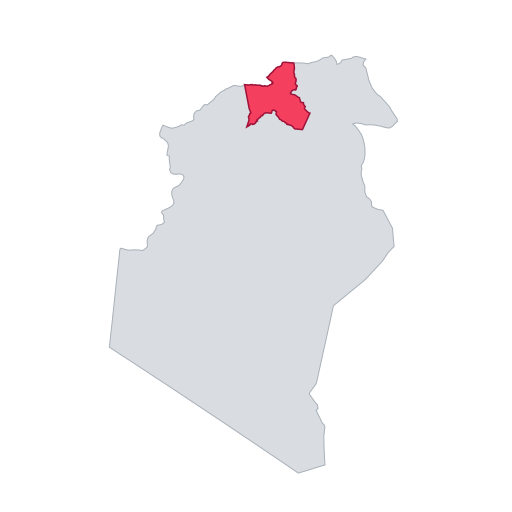 Chad, with Moyen-Chari highlighted, rotated 187°
{"feature_id": "TCD-5583", "entity_name": "Moyen-Chari", "entity_type": "Prefecture", "adm_level": 1, "iso_a3": "TCD", "parent_name": "Chad", "parent_adm1": "", "projection": "albers", "projection_center": [18.828, 9.32], "detail": "fine", "context": "in_parent", "style": "filled", "palette": "rose", "viewbox_px": 512, "rotation_deg": 187, "n_neighbors": 0, "source": "natural_earth", "source_scale": "10m", "svg_char_len": 8074}
<svg xmlns="http://www.w3.org/2000/svg" viewBox="0 0 512 512"><g transform="rotate(187 256 256)"><path d="M390.4,147.6L390.6,159.2L390.7,170.9L390.9,182.6L391.1,194.3L391.3,206.1L391.5,217.8L391.6,229.6L391.8,241.3L391.9,245.3L391.6,246.8L391.4,247.0L390.9,247.3L384.8,246.3L382.1,246.3L378.4,247.2L372.9,247.7L369.3,247.6L366.8,249.7L364.9,252.1L365.9,258.0L365.7,259.9L365.0,261.9L363.4,263.7L361.7,265.1L360.7,266.3L359.5,269.0L358.6,270.2L358.7,271.9L358.4,273.6L357.4,274.6L354.8,275.3L353.2,276.1L351.9,277.3L351.0,278.3L351.5,279.5L352.1,281.2L352.5,283.8L352.8,285.3L354.1,286.5L354.9,287.4L355.1,288.5L354.4,289.4L351.3,291.4L350.0,292.1L348.6,293.1L348.0,293.4L345.7,295.3L344.6,296.9L344.0,298.2L344.1,300.1L345.3,302.8L346.6,305.1L347.1,306.9L347.4,308.8L347.3,310.7L346.7,312.3L345.5,313.7L341.2,316.5L339.1,319.5L337.4,323.1L337.0,325.1L337.5,326.4L338.4,327.5L339.7,328.0L341.6,328.2L344.7,327.5L347.6,327.1L350.7,328.4L352.4,331.4L351.8,333.6L353.0,337.6L354.1,342.4L354.0,344.1L354.5,344.7L356.4,345.0L356.8,346.1L356.3,354.6L357.2,357.0L358.5,358.7L360.0,359.6L361.5,360.7L362.3,361.5L364.0,361.6L365.9,363.2L366.5,365.2L366.4,367.2L365.3,371.6L364.4,374.5L363.3,374.3L361.0,373.6L358.3,373.0L354.8,372.5L351.6,373.8L348.1,375.3L347.1,376.5L346.1,377.1L344.5,377.1L343.1,377.3L342.4,378.4L341.1,379.6L336.1,382.1L335.0,383.0L334.4,383.9L334.4,384.9L334.9,386.9L334.9,389.5L333.8,391.5L332.5,392.9L331.0,393.4L329.8,393.7L329.0,394.6L326.4,399.2L325.3,400.1L322.9,400.0L316.3,407.0L315.7,409.0L313.2,411.9L310.2,415.2L307.4,416.7L307.2,417.3L306.5,418.0L304.8,418.7L298.9,422.6L291.8,422.5L288.7,424.1L285.7,424.7L281.2,425.5L279.9,425.4L274.2,425.8L267.5,425.7L264.9,426.2L262.5,427.7L260.8,429.0L260.5,429.5L260.8,430.0L260.7,430.5L265.4,433.7L266.5,435.2L265.4,436.8L264.8,437.0L264.7,437.1L264.0,438.3L261.2,441.9L257.1,446.2L254.9,447.4L254.1,448.2L252.9,451.1L252.2,451.5L249.4,451.8L243.7,452.1L235.8,453.0L231.1,453.3L228.1,453.1L224.0,455.0L222.5,455.5L221.6,455.7L217.5,457.6L214.1,460.5L212.9,461.0L208.1,462.3L206.2,464.3L205.3,464.5L202.3,461.8L200.2,459.3L199.2,456.8L199.1,456.1L198.5,456.2L196.8,457.3L195.3,458.5L194.6,460.9L189.7,462.4L185.4,463.8L183.5,465.5L180.5,466.3L176.7,465.9L173.8,465.2L170.9,464.9L172.3,462.8L172.9,461.2L173.0,459.2L172.8,457.9L171.1,457.2L170.0,456.2L167.6,450.0L165.1,443.6L161.6,437.4L157.8,433.3L155.0,430.9L154.1,430.5L152.6,429.8L151.6,429.0L146.5,424.7L141.2,419.9L139.9,417.8L137.2,414.5L134.3,411.1L132.8,409.6L132.1,406.8L134.2,404.4L136.4,401.3L139.2,399.3L142.7,399.2L148.4,400.1L154.7,400.5L160.8,399.9L162.4,399.5L164.0,399.5L167.3,400.3L173.1,400.2L176.1,398.9L172.9,396.8L169.5,393.3L166.3,389.5L164.4,386.1L162.6,381.8L161.0,376.4L160.1,369.4L160.3,365.4L160.8,362.6L162.6,358.0L161.5,355.3L161.8,353.2L161.6,350.0L161.1,348.3L158.9,342.9L158.5,342.4L156.5,338.6L155.7,332.5L153.5,328.4L150.0,326.3L148.0,323.9L147.3,319.7L145.9,318.6L140.3,317.0L135.6,316.9L132.2,312.1L127.9,305.9L123.9,300.1L121.5,288.7L120.1,282.2L121.8,280.2L125.2,275.6L129.6,266.8L139.4,253.2L144.3,246.3L154.2,235.9L166.3,223.2L173.1,216.1L174.3,202.9L175.6,189.0L176.6,178.5L177.8,166.1L178.8,155.7L179.5,148.2L180.5,137.5L181.3,135.5L186.0,127.1L186.4,126.0L185.5,124.6L179.0,117.5L176.9,115.9L175.8,112.2L177.5,110.1L169.7,98.1L167.7,96.7L166.9,95.2L166.8,93.1L166.7,84.9L164.8,72.0L162.1,57.0L171.5,52.9L178.5,49.7L187.6,45.7L195.9,50.0L207.9,56.2L220.0,62.3L232.0,68.5L244.1,74.6L256.2,80.8L268.3,86.9L280.4,93.0L292.6,99.1L304.8,105.2L316.9,111.3L329.1,117.4L341.4,123.4L353.6,129.5L365.8,135.5L378.1,141.5L390.4,147.6Z" fill="#d9dde1" stroke="#a8b0b8" stroke-width="1"/><path d="M288.1,424.4L287.7,424.2L287.4,424.7L287.0,424.8L284.8,424.7L284.3,424.8L283.6,424.9L283.3,425.0L283.1,425.0L282.4,425.3L282.1,425.5L280.9,425.5L280.5,425.7L279.8,425.2L279.0,425.4L278.2,425.7L277.6,425.7L277.4,425.8L277.2,425.8L277.0,425.7L275.0,425.7L274.7,425.6L273.7,426.0L273.4,426.1L272.9,426.0L272.4,425.9L272.0,425.7L271.7,425.5L271.4,425.8L271.2,425.7L270.9,425.5L270.6,425.3L270.3,425.3L269.8,425.5L268.7,425.6L268.4,425.7L268.3,426.0L268.1,426.0L267.4,425.9L267.2,425.9L266.3,425.7L265.3,426.0L264.3,426.5L263.7,426.9L263.3,427.3L263.1,427.4L263.1,427.6L262.9,427.7L262.4,427.9L262.0,428.1L261.8,428.2L261.7,428.3L261.6,428.5L261.5,428.8L261.3,428.9L261.1,428.9L260.9,428.8L260.3,429.7L260.3,430.1L260.7,430.5L261.1,430.2L261.3,430.5L261.4,430.9L261.5,431.3L261.8,431.5L265.0,432.9L265.2,433.3L265.6,433.5L266.4,434.1L267.0,434.7L266.1,435.3L265.8,435.7L265.6,435.9L265.3,436.0L264.2,438.2L261.6,441.2L261.3,441.7L261.1,442.3L260.7,442.8L259.9,443.6L258.8,445.3L258.2,445.8L257.7,446.1L256.2,446.6L255.1,447.2L254.2,448.0L253.7,449.0L253.6,450.3L252.9,451.4L250.8,451.9L242.0,452.1L241.5,450.5L241.1,448.6L240.7,447.0L240.8,445.5L240.9,443.7L240.8,442.6L240.1,441.4L239.8,440.2L239.7,438.8L239.2,438.0L238.2,437.3L237.7,436.1L237.6,434.5L237.8,432.9L238.0,432.2L237.8,431.3L237.2,430.8L236.3,430.3L235.9,430.1L235.8,429.8L235.9,429.6L236.0,429.3L236.4,429.1L236.4,428.8L236.2,428.7L236.6,425.9L236.9,425.6L237.0,425.6L237.2,425.8L237.5,426.1L238.0,425.6L238.3,425.5L238.7,425.6L239.1,425.5L239.8,425.0L240.6,424.1L241.2,423.0L241.3,422.2L241.5,422.1L241.8,421.8L241.2,421.1L239.5,420.8L237.3,420.7L235.6,419.9L233.6,418.8L232.1,418.3L231.8,417.3L231.1,415.6L230.5,414.6L229.9,413.9L227.6,414.0L227.2,412.3L226.4,411.2L225.3,410.4L225.9,409.0L226.0,408.7L225.9,408.4L225.5,407.9L225.0,407.3L222.5,405.4L220.5,404.4L220.4,404.4L220.2,404.3L219.9,404.3L225.3,387.1L233.0,386.9L233.2,387.0L233.4,387.1L235.6,389.2L235.7,389.3L235.9,389.4L236.2,389.4L236.4,389.6L236.8,389.8L237.3,389.9L238.0,390.1L238.3,390.2L238.4,390.3L238.5,390.3L238.9,390.1L239.0,390.1L239.3,390.2L239.9,390.3L240.0,390.4L240.2,390.6L240.3,390.6L240.6,390.5L240.7,390.4L240.8,390.3L241.2,390.3L241.3,390.4L241.4,390.5L241.5,390.6L241.5,390.8L241.6,391.1L241.7,391.3L241.9,391.4L242.1,391.4L242.2,391.5L242.4,391.7L242.6,391.7L243.1,391.8L243.3,391.9L243.4,392.2L243.5,392.3L244.1,392.6L244.3,392.8L244.6,393.0L245.7,393.0L246.2,393.1L246.5,393.2L246.8,393.3L247.1,393.7L247.3,393.9L247.5,394.1L249.2,394.6L249.3,394.7L249.4,394.9L249.6,395.2L249.8,395.4L250.0,395.6L250.3,396.0L250.6,396.6L250.8,396.8L251.0,396.9L251.3,397.0L252.0,397.6L252.4,397.9L252.5,398.0L252.6,398.4L252.7,398.5L252.8,398.6L253.2,398.8L253.3,398.9L253.4,399.0L253.5,399.2L253.5,399.5L253.2,401.8L253.3,401.9L253.6,402.1L253.8,402.1L254.0,402.1L254.4,402.1L254.6,402.2L255.2,402.8L255.6,403.0L255.8,403.1L256.0,403.0L256.6,402.8L257.3,402.7L257.5,402.6L257.6,402.4L258.1,399.9L258.3,399.6L258.6,399.5L262.2,399.5L263.6,399.3L264.6,398.8L265.0,398.6L265.4,398.2L265.8,397.7L266.1,397.2L266.4,396.7L266.5,396.4L266.7,396.2L266.8,396.3L267.1,396.2L267.4,395.9L267.6,395.8L267.8,395.9L268.0,395.9L268.1,395.5L268.2,395.1L268.6,394.2L268.9,394.0L269.1,393.9L269.3,393.8L269.6,393.7L269.6,393.4L269.8,393.2L270.0,392.9L270.1,392.7L270.4,392.4L270.7,392.2L270.9,392.1L271.0,392.0L271.0,391.8L271.1,391.7L271.4,391.6L271.5,391.6L271.5,391.4L271.3,391.2L271.4,390.8L271.4,390.7L271.2,390.5L271.1,390.4L271.0,390.2L271.3,390.1L271.7,390.1L271.8,390.1L272.0,389.8L272.0,389.7L272.0,389.4L272.2,389.2L272.3,389.2L272.5,389.1L272.4,388.7L272.5,388.3L272.7,388.0L272.9,387.8L273.1,387.5L273.6,387.0L273.7,386.9L274.0,386.8L274.2,386.6L274.4,386.5L274.6,386.5L274.8,386.4L275.1,386.2L275.4,386.2L275.5,386.2L275.5,386.3L275.5,386.6L275.8,386.7L276.2,386.6L276.4,386.6L277.1,386.4L277.3,386.4L277.5,386.4L278.2,385.3L278.2,385.1L278.2,384.9L278.4,384.8L278.5,384.9L278.6,385.0L278.8,385.1L279.1,384.6L279.2,384.4L279.3,384.3L279.6,384.2L279.6,383.9L279.7,383.7L280.4,383.4L280.9,383.0L279.5,389.9L279.8,391.7L280.1,392.1L280.4,392.8L280.4,393.2L280.4,393.5L280.4,393.8L280.3,394.0L280.2,394.1L280.0,394.3L279.9,394.4L279.9,394.5L279.8,394.9L279.7,395.1L279.8,395.3L279.7,395.5L279.5,395.8L279.4,396.0L279.5,396.4L279.5,396.6L279.4,396.7L279.0,397.0L278.9,397.1L278.7,397.3L278.6,397.5L278.7,397.8L280.7,401.4L288.1,424.4L288.1,424.4Z" fill="#f43f5e" stroke="#9f1239" stroke-width="1.5"/></g></svg>